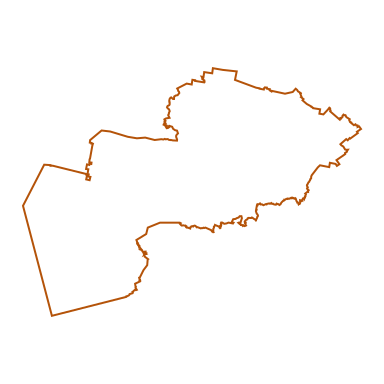 Meander Valley, Tasmania, Australia (orthographic projection)
{"feature_id": "25037944B18161391001525", "entity_name": "Meander Valley", "entity_type": "district", "adm_level": 2, "iso_a3": "AUS", "parent_name": "Australia", "parent_adm1": "Tasmania", "projection": "orthographic", "projection_center": [146.595, -41.65], "detail": "fine", "context": "isolated", "style": "outline", "palette": "amber", "viewbox_px": 384, "rotation_deg": 0, "n_neighbors": 0, "source": "geoboundaries", "source_scale": "gbopen_adm2", "svg_char_len": 6026}
<svg xmlns="http://www.w3.org/2000/svg" viewBox="0 0 384 384"><path d="M255.2,221.1L256.0,220.5L256.1,219.8L257.2,217.6L257.2,217.0L258.0,215.9L257.6,214.6L256.7,213.6L255.9,211.1L256.0,210.5L256.7,209.8L256.5,209.4L256.2,209.3L256.9,205.4L257.3,205.5L257.5,204.2L258.6,204.4L260.0,203.4L260.8,204.5L261.9,204.3L263.4,205.2L265.9,204.1L266.6,204.4L266.9,203.9L269.2,203.4L270.0,203.8L271.3,203.0L272.1,203.9L273.0,203.7L273.5,204.2L274.4,204.5L275.9,204.7L276.6,203.6L278.2,204.3L278.6,204.2L279.4,205.0L280.5,204.3L281.3,202.7L283.1,200.8L283.6,200.8L284.1,199.9L284.4,200.2L286.4,198.8L287.6,199.0L287.9,198.5L289.1,198.8L291.1,197.8L291.3,198.2L292.3,197.8L292.4,198.2L293.6,198.0L293.9,198.5L294.8,198.8L295.3,198.2L295.7,198.5L296.5,201.1L297.4,202.1L297.3,202.5L298.0,202.6L298.6,204.3L299.0,203.9L299.6,204.0L300.1,203.1L300.1,200.2L300.8,200.4L300.9,200.9L301.3,201.1L302.0,200.1L302.5,200.5L302.9,198.5L304.0,198.3L304.2,198.6L304.3,197.8L305.0,197.6L304.9,196.5L305.4,196.3L305.3,195.8L305.9,194.5L305.2,193.6L307.5,191.8L308.0,191.9L307.9,191.3L308.7,190.3L308.4,189.7L307.6,189.6L307.0,188.3L307.8,187.3L306.9,185.8L307.1,184.7L307.4,184.6L308.4,182.4L309.2,181.8L309.3,181.3L310.1,180.1L310.2,179.2L311.1,178.5L311.2,176.6L311.7,175.3L317.8,167.4L320.0,165.3L329.2,167.1L329.9,162.8L335.6,163.9L336.9,165.9L339.4,164.2L336.5,160.1L345.2,154.1L345.0,153.0L346.8,151.9L347.1,151.2L346.4,152.1L347.9,149.7L346.2,149.8L345.1,149.5L343.3,146.5L341.3,145.3L340.4,144.2L346.2,139.1L347.7,140.3L349.6,138.1L350.2,138.6L357.8,133.1L356.9,131.8L361.0,129.0L359.1,126.4L357.8,126.9L358.0,126.1L357.6,125.4L356.4,125.6L355.5,124.3L353.9,125.2L350.5,122.4L350.8,122.2L350.0,121.7L349.3,120.5L349.2,120.1L349.7,119.2L346.5,117.2L345.8,116.2L345.7,115.4L345.2,115.1L344.3,115.2L343.5,114.6L342.5,115.8L342.6,116.8L341.9,117.5L340.8,117.9L341.9,118.9L340.5,118.3L339.8,119.7L330.2,111.4L330.6,110.7L330.1,109.9L330.3,109.0L329.6,107.7L329.9,107.0L327.9,109.6L323.4,114.4L319.4,113.7L320.1,109.3L313.2,108.2L313.2,107.9L311.4,106.9L311.5,106.6L306.8,104.0L302.5,100.3L303.5,99.1L301.1,97.2L301.6,96.9L300.2,93.7L300.9,93.4L300.8,93.1L297.9,91.3L297.2,90.0L295.7,88.7L292.7,92.0L285.0,93.7L271.5,90.8L271.4,91.4L269.6,90.3L269.8,89.2L267.0,88.7L266.9,87.6L264.9,87.4L264.5,88.3L264.0,88.3L263.8,89.5L259.5,88.7L259.5,88.3L256.1,87.7L235.0,79.9L236.7,71.4L222.8,69.9L212.9,68.2L212.2,73.3L204.2,72.1L203.5,77.0L201.7,76.7L202.1,77.4L202.3,79.1L203.0,79.5L203.3,79.3L203.5,79.9L204.3,80.4L204.1,80.8L204.6,81.9L204.3,82.4L195.0,80.9L195.1,80.2L192.4,79.8L191.7,84.5L186.7,83.6L177.2,88.5L178.0,89.9L178.2,90.9L179.0,91.8L179.3,93.0L177.6,95.2L175.8,95.5L174.2,96.5L174.0,99.0L173.0,99.0L171.2,97.4L170.5,97.7L169.6,99.0L169.2,101.1L169.6,101.9L169.4,102.5L169.6,103.3L169.6,102.4L169.7,102.8L169.6,104.6L169.3,105.1L167.6,106.0L167.0,107.2L167.6,108.2L169.1,109.4L169.7,111.2L168.9,112.9L168.9,113.9L168.4,114.5L168.2,115.2L169.5,117.8L166.1,118.4L164.4,119.3L164.3,119.7L165.5,120.9L164.4,122.0L165.5,123.2L163.8,124.1L163.6,124.7L164.7,125.2L166.4,125.2L167.0,125.9L166.6,127.2L166.1,127.2L166.7,128.2L167.9,128.0L169.2,127.1L168.9,126.1L169.2,125.8L172.2,126.8L173.1,128.8L175.1,130.2L177.0,130.6L178.0,133.4L176.6,134.8L176.1,136.0L176.2,137.1L177.1,139.5L177.0,140.6L172.8,140.4L170.7,139.9L170.3,140.1L168.8,139.8L167.8,139.1L165.4,139.3L164.8,138.9L163.4,139.5L161.3,139.2L154.7,140.0L145.2,137.6L136.9,138.3L127.8,136.8L110.2,131.5L101.6,130.5L90.1,140.1L89.8,142.6L91.5,142.9L91.4,143.6L92.9,143.8L92.3,145.8L90.0,158.7L89.6,159.2L89.3,162.3L91.5,162.6L91.3,164.0L89.5,163.7L89.3,164.9L87.0,164.4L86.1,169.0L88.3,169.3L87.5,174.2L88.7,174.4L88.3,176.6L90.4,176.9L89.6,180.2L86.2,179.4L86.9,176.0L85.8,173.9L52.7,165.7L50.5,165.8L50.5,165.1L44.2,164.7L23.0,205.8L51.9,315.8L126.2,296.9L126.4,296.3L126.8,296.4L128.8,295.4L129.4,294.8L129.6,294.1L132.6,293.2L132.8,292.6L132.5,291.9L133.2,291.6L133.5,291.0L135.5,289.4L136.0,290.1L136.8,289.8L135.5,287.7L135.9,286.8L135.5,286.3L135.1,283.7L139.8,281.5L139.4,280.9L139.7,280.6L139.7,280.0L140.1,280.1L140.0,279.6L139.5,279.3L139.2,277.9L139.6,277.9L143.5,270.1L147.2,265.2L147.7,259.3L148.0,259.1L144.8,256.7L144.8,256.3L144.2,254.8L144.4,254.8L144.5,254.2L144.7,254.4L144.5,254.7L144.9,254.5L145.3,254.8L144.9,254.4L144.9,254.0L145.1,253.9L144.9,253.7L145.5,253.6L145.2,254.0L145.8,254.0L145.5,253.4L145.9,253.4L145.2,252.7L145.6,252.5L145.6,251.6L144.2,251.7L144.6,252.3L144.1,252.2L144.0,252.5L144.6,252.7L144.3,252.9L144.5,253.5L143.9,253.5L143.5,252.9L143.8,252.5L143.4,252.5L142.3,251.2L142.1,250.2L140.5,249.6L141.2,249.2L139.0,246.5L139.2,245.9L138.9,245.7L138.8,246.2L138.5,245.3L138.0,245.0L138.0,244.5L138.1,244.8L138.6,244.9L137.7,243.8L137.5,243.2L137.8,243.0L137.2,242.4L137.1,242.5L137.1,241.9L136.4,240.0L146.2,234.0L147.8,227.6L159.9,222.7L179.8,222.7L180.7,223.2L180.0,223.9L181.2,225.2L181.9,225.6L183.2,225.3L185.2,225.8L185.5,225.6L186.3,226.2L186.0,226.9L186.1,227.2L187.0,227.7L187.5,227.5L190.2,228.5L190.4,227.2L191.4,226.7L191.4,226.4L192.3,226.1L193.2,226.5L193.7,225.9L194.6,225.6L195.5,225.9L196.7,227.3L197.3,227.1L200.8,228.4L201.3,228.1L202.8,228.1L203.4,227.7L204.2,228.0L205.4,227.6L211.1,230.1L212.1,231.6L213.4,232.3L213.7,232.9L213.7,232.3L213.1,231.5L213.4,229.9L213.2,229.1L214.0,227.5L213.9,226.6L215.1,225.5L215.1,225.0L219.0,226.6L219.7,227.9L220.6,228.7L220.1,227.3L220.9,226.6L221.0,225.7L220.6,225.4L221.3,224.8L221.0,224.1L221.3,223.4L220.9,223.1L221.2,222.5L222.4,222.6L224.2,223.8L226.6,223.4L228.5,222.6L233.0,223.5L233.5,222.7L232.4,222.4L231.9,221.8L233.2,219.2L235.6,218.9L236.6,218.2L238.6,217.5L239.7,216.2L241.4,216.2L241.9,218.2L240.5,222.6L239.2,223.0L238.9,222.6L238.4,222.8L239.7,224.0L240.6,224.2L240.8,225.0L242.7,225.1L242.6,225.6L242.9,226.0L243.6,225.5L244.6,226.1L246.0,225.5L245.5,224.7L245.7,222.8L244.9,222.9L244.7,221.5L245.8,220.1L247.4,219.3L247.6,218.4L248.3,217.9L251.3,218.0L251.8,217.5L252.2,217.6L254.3,219.1L255.5,219.5L255.8,220.5L255.2,221.1Z" fill="none" stroke="#b45309" stroke-width="2"/></svg>